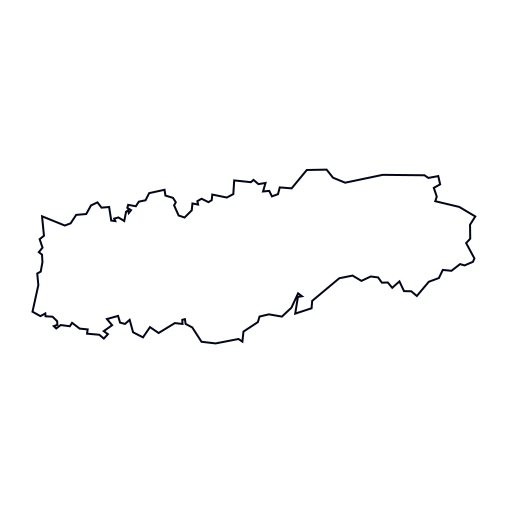 Yali, Antioquia, Colombia, rotated 185°
{"feature_id": "7082276B99209439763300", "entity_name": "Yali", "entity_type": "district", "adm_level": 2, "iso_a3": "COL", "parent_name": "Colombia", "parent_adm1": "Antioquia", "projection": "orthographic", "projection_center": [-74.75, 6.718], "detail": "medium", "context": "isolated", "style": "outline", "palette": "ink", "viewbox_px": 512, "rotation_deg": 185, "n_neighbors": 0, "source": "geoboundaries", "source_scale": "gbopen_adm2", "svg_char_len": 1943}
<svg xmlns="http://www.w3.org/2000/svg" viewBox="0 0 512 512"><g transform="rotate(185 256 256)"><path d="M92.3,230.2L81.6,245.4L71.9,250.0L68.7,258.4L60.0,258.3L52.0,265.7L47.5,264.8L39.4,269.1L38.2,272.6L47.8,287.2L44.1,291.9L45.5,305.8L41.0,314.5L57.8,322.6L82.2,326.2L81.1,330.9L84.8,339.4L78.8,343.4L81.4,351.5L91.1,348.8L95.2,351.1L136.8,347.9L173.6,336.8L186.1,340.7L193.2,348.2L212.9,346.1L226.4,326.5L238.3,326.4L239.5,319.5L245.3,316.8L248.5,322.0L254.6,320.9L252.9,329.6L259.8,327.8L265.1,331.6L267.5,329.1L284.3,329.4L284.0,315.7L290.2,311.7L304.9,313.4L305.0,307.7L308.1,305.5L315.2,308.3L319.2,305.5L318.2,302.2L323.9,302.8L324.0,295.9L330.5,288.1L336.6,289.6L342.0,299.3L340.6,302.6L343.8,306.7L351.5,308.3L352.9,314.0L367.9,309.3L370.9,301.9L377.5,299.9L380.0,295.1L387.8,295.8L388.4,292.8L384.5,290.8L386.5,287.7L387.5,290.4L389.3,288.7L390.3,279.4L396.4,282.4L400.5,280.9L399.2,278.5L403.3,278.7L406.6,292.0L414.1,290.7L418.6,295.6L424.8,292.0L428.8,283.0L438.7,281.3L443.5,272.4L449.1,269.7L472.6,276.9L469.0,257.7L473.0,253.9L469.4,245.7L472.7,240.9L469.3,238.7L468.2,231.3L469.1,221.7L472.4,219.5L470.3,208.0L473.8,181.0L465.5,177.3L460.9,180.4L460.4,177.6L453.4,177.8L448.4,173.7L447.9,170.1L451.3,168.5L448.7,166.4L444.5,170.2L435.3,169.8L433.4,173.4L425.3,168.3L417.3,168.2L417.5,163.9L405.3,163.9L400.4,160.5L396.7,165.2L401.1,167.9L393.3,174.5L399.0,180.2L388.2,184.3L385.6,177.8L380.6,176.9L376.3,181.4L371.8,169.3L361.5,165.1L355.4,175.9L346.3,170.8L331.0,182.1L323.3,181.9L323.9,186.0L321.3,186.9L320.2,182.2L313.3,179.3L302.8,165.8L288.6,165.4L266.2,171.8L262.1,169.5L261.9,179.6L248.4,190.3L247.2,196.0L238.1,199.0L224.9,197.9L216.2,207.6L210.8,222.5L206.7,219.9L210.7,218.9L211.9,202.0L196.1,208.8L196.1,216.2L171.1,241.1L158.1,244.9L148.8,240.4L139.9,245.6L132.5,245.3L128.3,240.4L122.4,241.1L117.5,236.2L110.9,243.2L105.5,233.9L98.3,234.4L92.3,230.2Z" fill="none" stroke="#020617" stroke-width="2"/></g></svg>